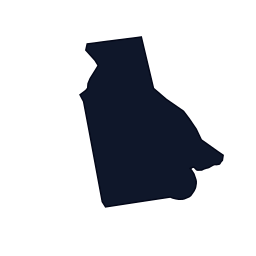 SVG path tracing the border of Borkou, rotated 323°
{"feature_id": "TCD-5577", "entity_name": "Borkou", "entity_type": "Préfecture", "adm_level": 1, "iso_a3": "TCD", "parent_name": "Chad", "parent_adm1": "", "projection": "robinson", "projection_center": [18.999, 18.69], "detail": "fine", "context": "isolated", "style": "filled", "palette": "ink", "viewbox_px": 256, "rotation_deg": 323, "n_neighbors": 0, "source": "natural_earth", "source_scale": "10m", "svg_char_len": 1402}
<svg xmlns="http://www.w3.org/2000/svg" viewBox="0 0 256 256"><g transform="rotate(323 128 128)"><path d="M152.4,40.0L154.9,41.4L157.8,43.0L160.8,44.7L163.8,46.4L166.7,48.1L169.7,49.8L172.7,51.5L175.6,53.2L178.6,54.9L181.6,56.6L184.5,58.3L187.5,60.0L190.5,61.7L193.4,63.3L172.2,111.7L175.8,128.1L182.4,148.0L182.4,157.6L181.8,169.9L179.4,181.6L185.5,200.8L187.6,207.0L183.9,210.6L181.7,211.0L180.8,211.4L179.6,211.8L179.4,211.8L178.9,211.7L176.6,210.5L175.4,209.5L174.9,209.2L174.1,208.9L172.2,208.6L168.9,208.2L167.6,207.8L166.7,207.3L163.7,206.3L161.8,206.0L161.4,205.8L158.2,203.5L157.9,203.1L157.7,202.8L157.6,202.6L157.3,199.9L157.2,199.3L157.1,199.1L156.9,198.9L156.6,198.6L156.4,198.5L156.3,198.4L155.4,198.1L155.1,198.1L154.5,198.2L154.3,198.2L154.1,198.1L153.7,197.7L153.3,197.6L153.2,197.7L153.2,197.8L153.3,200.6L153.0,204.0L153.0,204.3L151.1,210.1L150.4,211.6L149.1,213.3L146.4,215.9L145.4,216.6L142.9,217.9L138.1,219.5L137.4,219.7L135.4,219.7L130.3,218.4L128.8,217.7L125.8,215.6L123.6,213.3L121.5,210.7L120.4,208.8L120.2,208.6L119.9,208.4L91.6,193.1L63.0,177.7L62.6,177.5L62.6,177.2L62.7,176.5L62.8,175.2L62.9,174.0L63.0,172.7L63.1,171.4L82.1,133.3L95.4,106.6L108.5,80.1L109.7,72.6L116.9,72.6L119.8,71.9L122.8,68.5L127.6,65.7L136.5,62.3L141.8,60.2L142.4,54.1L141.8,47.2L141.2,40.4L146.0,36.3L148.9,38.0L151.9,39.7L152.4,40.0Z" fill="#0f172a" stroke="#020617" stroke-width="1.5"/></g></svg>